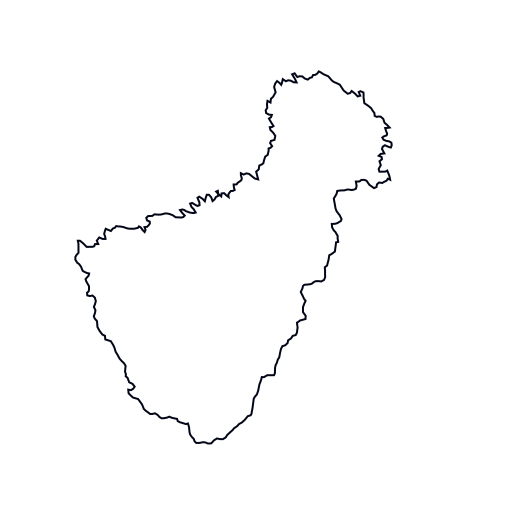 Mimoso de Goiás, Goiás, Brazil (Equal Earth projection), rotated 145°
{"feature_id": "56859067B56416792838659", "entity_name": "Mimoso de Goiás", "entity_type": "district", "adm_level": 2, "iso_a3": "BRA", "parent_name": "Brazil", "parent_adm1": "Goiás", "projection": "equal_earth", "projection_center": [-48.343, -15.009], "detail": "fine", "context": "isolated", "style": "outline", "palette": "ink", "viewbox_px": 512, "rotation_deg": 145, "n_neighbors": 0, "source": "geoboundaries", "source_scale": "gbopen_adm2", "svg_char_len": 5763}
<svg xmlns="http://www.w3.org/2000/svg" viewBox="0 0 512 512"><g transform="rotate(145 256 256)"><path d="M414.8,165.6L413.7,163.5L411.4,160.6L409.8,158.5L407.8,157.8L409.0,154.4L410.2,152.1L411.5,149.8L412.3,147.6L412.4,145.1L411.9,141.8L412.6,139.5L412.2,137.2L409.5,135.3L405.9,133.7L404.1,131.9L402.9,129.9L400.1,128.2L396.2,129.1L392.6,128.9L390.6,126.7L388.0,124.9L384.8,124.8L382.2,125.9L377.7,126.5L375.0,126.8L372.8,127.5L369.1,127.4L366.2,128.1L363.4,127.7L359.2,128.2L354.7,129.5L351.7,128.6L350.1,129.4L348.3,131.3L346.5,133.0L344.1,135.6L339.6,140.5L338.0,141.2L334.5,142.2L331.4,144.5L326.9,148.8L323.1,151.4L320.7,153.5L319.0,152.2L315.2,151.9L309.6,148.0L307.7,149.2L304.5,153.5L302.3,155.5L300.2,156.5L297.5,158.7L295.3,159.5L293.7,161.0L291.9,162.8L288.9,165.5L286.1,167.0L283.3,166.1L280.0,166.6L278.1,168.5L274.6,168.4L271.8,169.5L268.8,168.5L266.6,169.6L263.0,173.5L260.7,177.9L258.7,177.8L256.8,177.9L255.0,177.2L251.6,176.0L249.6,178.5L249.7,183.1L246.8,187.2L243.6,189.4L241.1,190.8L241.2,193.5L240.7,196.0L240.0,200.8L236.6,202.8L234.7,204.5L232.9,204.7L230.0,203.0L228.0,201.9L226.2,201.3L223.4,201.5L221.5,201.1L219.5,199.8L217.1,197.7L213.9,197.4L211.4,199.1L209.9,201.5L208.4,203.5L206.1,207.3L203.3,207.4L200.5,209.8L198.5,211.5L195.6,214.6L193.4,214.3L191.3,214.3L188.8,214.4L186.2,217.3L184.2,219.4L182.6,221.3L180.6,220.4L178.9,223.9L177.6,225.5L177.2,230.1L177.6,232.5L177.2,235.9L175.5,238.8L172.9,237.1L170.7,236.3L166.4,236.0L164.7,237.2L164.1,241.4L164.3,246.4L163.6,249.3L161.7,253.3L160.4,256.2L159.3,258.5L156.8,259.5L154.2,260.8L152.1,262.7L150.3,261.8L148.2,260.6L146.0,259.1L143.1,258.1L141.5,256.9L140.1,255.4L137.8,254.2L135.6,253.8L133.4,255.7L131.5,259.7L128.5,257.7L126.1,257.9L123.7,256.3L122.3,254.4L122.3,249.3L120.4,243.9L117.7,243.4L115.8,245.3L113.0,245.6L110.7,243.4L108.8,243.3L105.9,242.8L103.6,243.7L102.4,241.5L101.5,243.4L100.6,245.8L99.5,250.7L101.3,250.8L103.3,252.0L106.5,254.3L105.7,256.8L104.1,257.7L101.7,258.8L100.5,262.8L97.4,263.0L96.3,265.1L98.0,267.7L95.3,268.1L92.0,266.4L91.4,271.5L89.5,272.8L86.9,272.8L84.6,269.0L83.3,267.5L81.3,268.9L80.1,271.2L81.1,273.4L83.4,275.8L84.9,278.3L84.6,280.6L82.9,280.7L79.8,279.9L78.4,281.0L77.7,284.0L76.8,286.7L75.0,285.6L72.9,284.6L73.5,288.4L74.3,291.4L73.1,295.4L74.0,298.7L75.5,299.9L77.4,300.8L78.4,302.7L77.0,305.2L77.1,308.0L76.9,311.2L78.1,315.2L79.6,319.0L77.0,324.1L75.5,326.2L74.2,328.3L75.9,331.1L77.8,331.4L78.7,327.5L81.2,328.4L81.7,332.1L83.0,336.3L85.4,335.5L87.8,336.3L89.3,341.3L89.1,348.3L91.0,351.7L92.5,354.0L93.2,356.5L93.7,361.7L96.5,366.3L97.6,369.2L98.7,371.2L101.1,370.3L103.7,370.4L105.4,371.5L107.7,370.3L109.7,371.0L112.4,370.8L114.3,373.5L115.0,376.5L117.3,378.3L119.5,378.9L119.6,383.5L122.2,384.1L122.5,378.9L123.2,374.9L125.6,376.8L126.9,379.6L128.9,381.5L131.3,382.0L132.6,385.5L135.6,382.8L137.2,381.8L137.4,384.1L138.4,387.2L141.2,386.3L144.2,384.1L146.0,378.9L148.4,377.7L150.7,376.6L153.6,376.2L156.1,373.4L157.6,376.5L160.0,374.0L161.8,370.9L164.5,369.8L165.7,367.2L164.3,364.4L162.1,362.5L164.0,361.1L166.6,361.1L167.0,356.2L167.1,352.4L168.9,352.5L170.8,353.6L171.9,351.0L171.2,347.0L171.3,343.3L174.3,340.5L177.7,341.7L179.7,340.4L179.8,336.7L182.2,336.3L184.0,336.9L185.1,335.2L188.3,332.2L191.5,332.1L194.8,329.6L196.7,327.8L198.8,327.7L201.4,328.2L204.1,325.4L207.5,325.0L208.9,321.2L210.3,317.5L212.5,320.1L213.3,322.7L214.6,327.2L216.5,329.2L219.4,329.8L220.9,332.5L222.1,330.7L223.1,327.7L224.6,326.5L226.5,326.4L228.9,326.5L230.9,325.8L233.3,327.4L234.7,325.0L235.6,322.3L237.6,322.6L239.4,323.7L241.5,323.1L243.6,322.1L244.6,320.0L245.5,322.6L246.1,325.8L248.3,327.0L250.3,324.8L251.3,328.6L252.6,327.0L255.1,327.3L257.5,326.1L260.1,325.9L259.0,329.7L259.4,333.1L261.2,334.4L263.8,332.5L266.5,330.2L267.0,333.6L268.5,337.2L270.6,337.2L271.6,332.4L273.1,330.0L275.3,330.6L276.4,332.8L277.9,336.1L279.9,336.7L280.7,333.2L280.2,330.0L280.5,326.2L282.4,326.9L285.1,329.3L287.6,332.8L288.4,334.9L289.7,336.4L291.9,337.2L291.7,333.4L291.2,330.0L293.2,329.6L294.9,330.2L296.7,331.6L299.6,333.8L300.9,337.3L302.7,339.9L304.0,341.4L306.0,343.0L308.1,343.7L310.5,344.7L312.3,345.9L315.3,348.4L317.9,348.3L321.5,350.6L324.0,350.2L324.8,347.6L323.3,345.1L324.4,343.4L326.2,342.8L328.4,342.4L330.8,343.6L331.5,340.7L333.5,339.5L334.0,342.5L334.0,345.4L334.9,347.4L336.6,346.8L338.4,347.5L340.3,348.3L343.6,350.6L345.4,352.2L347.9,355.6L349.8,357.6L351.9,359.3L353.4,360.7L355.4,360.1L357.5,360.6L360.5,359.7L362.1,362.2L363.5,364.5L365.7,362.9L367.7,361.2L368.4,358.5L369.5,356.3L371.9,358.0L373.8,361.1L377.6,359.9L378.4,356.3L381.1,358.1L382.9,356.8L384.7,357.3L386.5,358.6L389.5,360.6L390.3,365.4L391.4,369.4L393.2,370.7L394.3,368.1L396.2,365.3L399.6,360.4L402.2,359.9L404.5,358.8L406.1,356.6L406.3,353.1L405.5,350.6L405.5,347.4L406.5,343.4L405.6,341.3L404.2,339.0L402.7,337.4L404.4,335.9L407.1,335.3L408.9,334.8L409.6,332.5L410.1,327.1L411.8,324.6L413.4,323.0L415.5,322.8L416.8,320.5L415.1,318.5L412.6,317.4L411.9,314.3L413.1,310.9L415.5,308.9L418.0,307.3L418.6,303.7L420.2,302.0L421.9,300.7L423.4,299.7L424.0,297.3L423.6,293.9L425.1,291.3L426.6,288.8L427.1,284.4L426.9,279.7L425.5,277.3L427.3,274.1L423.8,269.5L424.0,265.2L424.6,261.9L425.9,258.1L426.1,254.5L426.6,250.3L426.2,246.6L425.6,243.9L425.8,240.8L428.0,238.3L429.6,236.4L430.4,233.7L431.7,232.2L431.1,229.9L432.3,225.3L430.5,222.1L430.3,218.6L432.6,217.7L435.3,217.8L437.3,219.8L439.1,216.6L438.5,213.1L438.0,210.7L434.6,206.4L434.5,200.1L434.9,197.9L435.6,195.2L435.1,192.5L434.0,189.5L433.4,187.4L431.6,186.1L429.0,185.1L427.7,182.2L427.4,179.3L426.3,177.1L424.8,176.1L421.7,174.7L419.2,174.1L417.7,171.7L415.8,169.6L414.1,167.9L414.8,165.6ZM251.3,328.6L249.9,331.3L251.7,331.6L251.3,328.6Z" fill="none" stroke="#020617" stroke-width="2"/></g></svg>